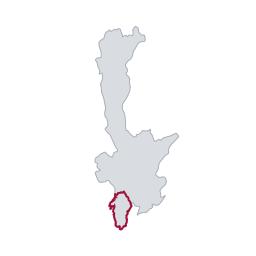 Phôngsali highlighted on a map of Laos, rotated 205°
{"feature_id": "LAO-3291", "entity_name": "Phôngsali", "entity_type": "Province", "adm_level": 1, "iso_a3": "LAO", "parent_name": "Laos", "parent_adm1": "", "projection": "equal_earth", "projection_center": [102.249, 21.683], "detail": "fine", "context": "in_parent", "style": "outline", "palette": "rose", "viewbox_px": 256, "rotation_deg": 205, "n_neighbors": 0, "source": "natural_earth", "source_scale": "10m", "svg_char_len": 5905}
<svg xmlns="http://www.w3.org/2000/svg" viewBox="0 0 256 256"><g transform="rotate(205 128 128)"><path d="M98.6,35.4L99.5,37.5L103.7,43.1L104.4,44.7L106.0,45.8L107.3,50.8L107.9,51.1L108.6,50.8L109.1,50.1L109.5,48.2L109.8,47.9L110.3,49.5L111.5,50.0L112.0,50.7L112.2,51.9L112.0,53.2L111.0,56.0L110.4,59.8L114.6,68.1L116.3,69.2L120.5,70.5L123.3,72.3L124.6,71.9L125.8,69.9L127.3,68.7L130.1,67.0L130.9,66.9L132.5,67.6L135.0,69.6L138.9,73.5L138.7,74.5L138.0,75.5L136.0,77.0L135.3,78.0L135.7,78.3L137.5,78.6L139.5,79.5L140.1,80.5L140.4,82.8L140.8,83.2L142.7,82.9L143.3,83.3L143.9,84.0L144.6,85.9L144.6,87.3L142.8,89.8L142.5,91.3L141.6,93.1L139.1,96.1L138.4,96.3L133.6,94.7L129.9,94.9L129.6,95.5L130.2,97.3L130.4,99.1L129.8,100.5L127.7,102.3L127.6,103.1L128.1,103.9L131.2,105.5L141.3,114.2L145.8,115.8L147.9,116.9L148.4,117.6L148.4,118.3L147.8,119.3L147.4,121.0L147.4,122.0L147.9,123.0L148.7,124.5L151.5,127.8L153.6,128.6L155.8,132.4L156.4,135.7L157.5,137.8L162.8,145.0L167.2,149.4L169.8,154.2L171.1,155.3L171.5,157.0L171.8,162.0L173.4,164.6L173.7,165.6L174.4,166.3L175.1,166.5L176.6,164.8L176.9,165.1L177.6,167.7L178.3,168.7L180.6,170.3L183.1,173.5L184.4,174.7L186.1,175.6L186.3,176.6L186.0,177.6L185.5,178.3L182.7,180.2L182.3,181.0L184.2,185.1L189.0,190.2L190.5,193.2L190.2,194.7L188.9,197.7L187.9,198.5L187.7,199.4L188.4,201.8L188.4,205.5L187.5,206.4L186.7,208.7L186.1,208.9L184.6,208.1L181.6,212.0L180.3,211.8L178.8,214.0L176.8,214.3L175.4,212.7L172.5,210.0L171.4,208.4L170.5,209.8L169.0,211.2L166.9,210.7L166.3,212.7L165.9,213.0L163.3,213.4L162.8,213.7L163.2,215.5L164.8,218.5L165.2,220.3L164.3,223.1L161.6,223.1L160.3,221.9L158.8,219.5L155.3,217.9L153.0,219.0L152.3,218.9L150.5,216.9L149.9,215.5L149.5,213.6L152.1,212.0L153.5,210.8L154.3,209.5L154.7,208.1L155.1,202.5L155.5,200.5L155.2,198.0L154.5,196.1L154.5,193.2L154.9,190.9L155.9,189.7L156.6,188.0L157.0,184.2L156.6,183.3L155.6,182.4L154.0,181.5L152.9,180.4L152.5,179.0L152.5,177.9L153.0,176.9L151.8,175.7L148.7,174.5L147.0,173.0L146.7,171.3L145.4,169.0L143.2,166.2L142.1,162.1L141.9,156.8L142.2,152.5L143.1,147.6L141.8,144.0L140.4,142.1L138.5,140.7L136.6,138.7L134.9,136.1L132.7,132.3L130.3,127.2L128.6,124.9L127.8,125.5L126.0,125.0L123.4,123.5L121.0,122.7L119.0,122.6L117.7,122.9L117.1,123.7L117.1,124.5L117.6,125.2L117.3,125.8L116.3,126.2L115.4,127.1L114.5,128.9L113.8,131.4L112.8,132.3L111.3,132.5L109.8,133.2L108.3,134.4L107.6,135.3L107.7,135.9L107.4,136.1L106.6,135.7L106.3,134.9L106.3,133.6L105.6,132.8L104.0,132.4L102.3,131.0L98.9,127.5L98.1,127.3L97.0,128.2L95.6,130.2L94.4,131.0L93.4,130.6L92.7,131.3L92.2,133.1L91.3,134.5L86.7,138.3L82.6,143.1L81.6,143.6L79.1,142.2L78.4,141.3L81.8,131.3L82.3,128.8L82.2,125.6L80.8,123.0L80.7,122.2L80.9,121.4L82.7,118.3L84.7,110.3L84.6,107.9L83.7,105.1L83.2,102.6L83.6,99.1L83.5,97.7L82.5,97.0L79.4,96.3L77.7,96.9L76.8,97.8L75.8,98.4L73.8,98.8L72.0,97.6L70.5,95.6L70.1,93.1L72.0,87.8L72.5,85.8L72.5,84.8L72.1,83.8L71.7,83.7L70.7,82.4L69.7,80.2L68.8,79.2L68.0,79.4L67.2,80.2L65.9,82.3L65.5,82.0L66.7,74.7L67.7,71.6L69.0,70.2L70.3,69.6L71.8,69.8L72.9,69.5L73.9,68.8L73.8,68.3L72.7,68.2L72.2,67.4L72.5,65.8L73.0,64.8L73.8,64.4L74.5,62.8L75.2,60.2L76.1,58.8L77.1,58.8L78.9,57.6L81.4,55.4L82.4,53.2L83.3,54.2L83.0,56.7L83.5,57.3L83.7,58.2L83.6,59.6L83.8,60.8L84.2,61.3L84.7,61.6L87.4,60.6L89.0,60.5L91.6,62.4L93.2,61.0L93.2,60.5L91.9,58.8L92.3,52.4L92.2,47.5L90.0,44.0L89.6,42.5L89.3,40.2L88.7,38.2L90.3,36.6L91.1,33.6L92.2,32.9L92.6,33.0L93.9,35.2L95.6,34.1L96.9,34.1L98.0,34.7L98.6,35.4Z" fill="#d9dde1" stroke="#a8b0b8" stroke-width="1"/><path d="M92.4,32.9L92.5,32.9L93.0,33.4L93.5,34.8L93.9,35.3L94.3,35.4L94.5,35.1L94.6,34.7L94.7,34.3L95.0,34.2L95.7,34.2L96.1,34.0L96.4,33.9L96.7,34.0L97.7,34.3L97.9,34.3L98.0,34.5L98.1,34.8L98.2,35.0L98.4,35.0L98.5,35.3L98.6,35.5L98.8,36.2L98.8,36.3L99.0,36.4L99.0,36.5L99.0,36.9L99.0,37.1L99.2,37.4L99.5,37.6L99.8,37.9L99.9,38.3L100.2,38.7L101.2,39.3L102.3,40.8L102.8,41.2L103.0,41.3L103.1,41.6L103.3,42.1L103.4,42.4L103.7,42.7L104.1,43.0L104.4,43.3L104.2,43.5L104.1,43.8L104.3,44.7L104.9,45.1L105.6,45.4L106.1,45.9L106.7,47.5L106.9,48.4L106.8,49.7L106.8,50.2L106.9,50.7L107.0,51.0L107.2,51.3L107.2,51.2L108.1,51.2L108.3,51.1L108.8,50.7L109.1,50.1L109.3,49.4L109.4,47.7L109.7,47.3L110.0,47.6L110.1,48.6L110.1,49.5L110.1,49.9L110.3,50.2L110.6,50.2L111.8,49.5L111.9,49.4L112.0,49.5L112.1,49.8L112.2,50.0L112.2,50.3L112.2,51.8L112.3,52.3L112.4,52.8L112.4,53.0L112.1,53.4L111.5,54.4L111.1,54.8L110.4,56.3L110.6,56.2L111.0,55.9L111.3,55.7L111.5,55.8L111.5,56.0L110.9,57.1L110.9,57.6L110.9,58.6L110.8,59.0L110.6,59.2L110.1,59.4L109.8,59.7L109.6,60.1L110.0,60.1L110.4,60.1L110.6,60.3L110.9,60.5L111.0,60.7L111.1,61.0L110.9,61.6L110.9,61.8L111.0,62.0L111.3,62.1L111.5,62.2L111.6,62.6L110.3,62.7L110.1,62.6L109.8,62.6L109.6,63.0L109.5,64.1L109.5,64.6L109.4,65.0L108.9,65.0L108.7,65.3L107.6,66.0L107.3,66.2L107.1,66.8L106.5,66.7L106.1,66.8L105.8,67.1L104.8,68.6L103.9,68.1L103.8,67.7L103.6,67.4L103.2,67.3L102.7,67.3L102.1,66.9L101.5,66.5L101.1,65.9L100.6,65.5L100.0,65.2L99.5,65.4L98.9,65.3L98.3,64.9L97.9,64.4L97.1,63.1L96.6,62.7L95.3,62.3L95.1,62.1L94.9,61.9L94.6,61.7L93.8,61.0L93.5,60.8L93.6,60.5L93.5,60.2L93.4,60.0L93.2,59.8L93.0,59.7L92.2,59.3L91.9,59.0L91.8,58.6L91.8,58.2L92.0,57.4L92.1,55.3L92.3,54.8L92.4,54.4L92.1,53.5L92.2,53.1L92.4,52.9L92.8,52.9L93.1,52.8L93.3,52.4L93.3,51.9L93.0,51.8L92.7,51.6L92.5,51.4L92.4,51.2L92.5,50.7L92.4,50.3L92.1,50.1L92.0,49.9L92.0,49.6L92.1,49.2L92.4,48.0L92.4,47.8L92.0,47.3L91.9,47.1L91.7,46.6L91.3,45.9L91.3,45.6L91.3,45.4L91.1,45.2L90.6,45.0L90.2,44.7L90.1,44.4L90.0,43.6L89.8,43.1L89.4,42.2L89.2,41.7L89.2,41.3L89.3,40.9L89.4,40.5L89.3,39.9L89.1,39.5L88.6,38.7L88.6,38.3L88.8,38.0L89.0,37.8L89.2,37.7L89.4,37.7L89.6,37.7L89.8,37.8L90.0,37.7L90.3,36.6L90.3,36.2L90.6,35.8L90.7,35.7L90.7,35.3L90.7,34.9L90.7,34.4L90.9,34.0L91.1,33.6L91.4,33.2L91.8,33.0L92.3,32.9L92.4,32.9Z" fill="none" stroke="#9f1239" stroke-width="2"/></g></svg>